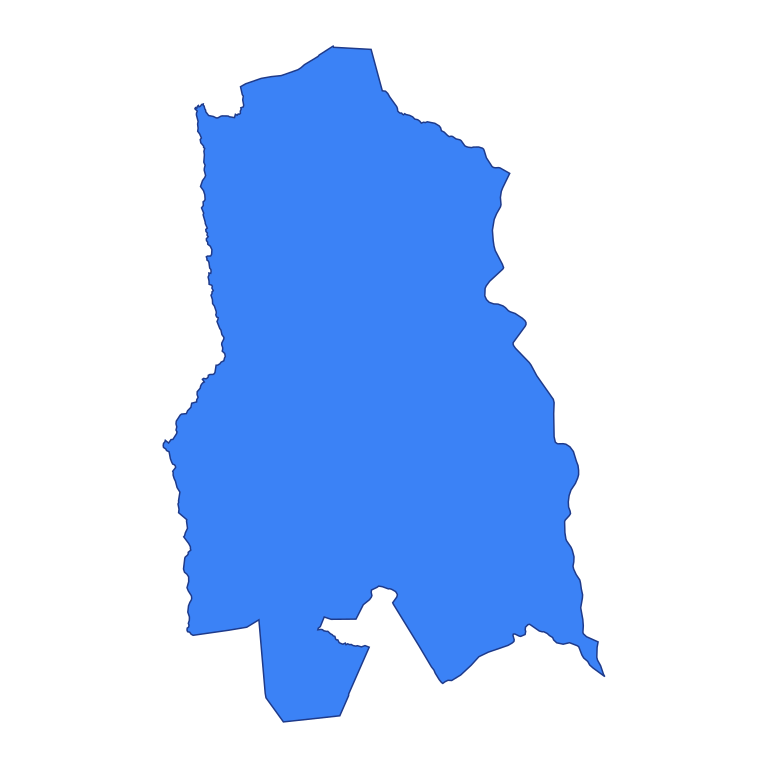 outline of Kipipiri, Central, Kenya
{"feature_id": "3690345B3299927088893", "entity_name": "Kipipiri", "entity_type": "district", "adm_level": 2, "iso_a3": "KEN", "parent_name": "Kenya", "parent_adm1": "Central", "projection": "robinson", "projection_center": [36.521, -0.423], "detail": "fine", "context": "isolated", "style": "filled", "palette": "blue", "viewbox_px": 768, "rotation_deg": 0, "n_neighbors": 0, "source": "geoboundaries", "source_scale": "gbopen_adm2", "svg_char_len": 6112}
<svg xmlns="http://www.w3.org/2000/svg" viewBox="0 0 768 768"><path d="M283.4,721.9L339.8,715.8L348.6,695.7L348.7,693.9L369.2,647.2L365.0,645.6L361.4,646.9L357.4,645.7L355.8,646.1L353.2,645.6L351.3,644.5L349.3,644.6L347.7,643.8L346.0,644.7L345.3,643.1L342.9,644.2L340.5,643.3L339.1,642.6L337.8,639.9L336.5,639.9L335.6,639.0L334.9,636.4L333.3,635.9L332.1,634.6L330.5,633.8L327.8,631.3L326.5,631.4L323.6,630.7L322.6,629.7L320.9,629.4L317.8,629.8L318.3,628.1L320.3,626.6L324.2,617.0L331.1,619.3L356.0,619.1L363.3,604.7L369.5,599.7L371.3,597.2L371.9,595.6L371.2,592.3L371.5,590.0L377.1,587.3L378.7,586.1L382.4,586.7L388.4,588.9L389.8,588.7L391.8,589.4L395.5,591.5L396.5,592.9L397.4,594.7L396.8,597.0L392.7,602.7L393.3,604.1L419.0,645.9L431.4,666.8L433.9,670.0L435.3,673.3L439.3,679.8L441.5,682.5L442.8,683.4L445.1,681.7L448.0,680.3L451.7,680.5L460.7,675.0L471.2,665.2L478.9,656.7L488.2,652.2L508.0,645.4L512.2,643.0L513.9,641.5L514.2,639.8L513.0,635.5L513.3,634.1L514.9,634.0L519.2,636.1L520.7,636.4L525.1,634.5L525.7,631.4L525.2,629.8L525.5,627.1L528.0,624.6L529.7,624.3L539.3,631.0L542.2,631.8L543.7,631.7L547.3,633.5L549.4,635.5L552.6,637.5L553.7,640.0L556.7,642.8L563.2,644.2L569.5,642.7L577.5,645.8L578.8,646.9L581.9,655.0L583.7,658.0L587.7,661.4L589.7,665.0L592.9,667.9L604.8,676.6L603.5,674.3L600.6,665.7L597.5,660.1L596.8,657.3L597.1,647.4L598.1,641.9L586.5,636.7L583.4,633.8L582.9,632.3L583.3,625.8L582.8,619.4L580.7,607.8L582.4,598.1L582.6,594.8L581.3,588.9L580.5,583.0L579.8,580.0L576.2,574.6L573.7,569.2L573.0,566.2L573.8,561.9L574.0,556.8L572.3,550.2L571.0,547.2L566.6,540.8L565.9,539.0L564.9,532.6L564.6,521.6L565.2,520.1L569.3,515.6L570.5,513.6L570.1,511.1L568.6,507.1L568.3,501.9L569.1,495.6L571.0,490.0L575.4,483.4L577.7,478.0L578.6,474.7L578.6,470.3L578.0,465.5L576.4,461.3L573.4,451.5L569.9,446.8L565.9,444.2L563.1,443.7L558.1,443.8L557.0,443.5L555.3,442.1L554.1,436.7L553.7,413.7L554.1,402.6L553.3,399.3L536.8,375.8L531.0,365.0L529.2,362.5L515.5,348.3L513.6,345.6L513.1,344.1L513.2,342.6L525.2,326.2L526.0,324.5L526.0,322.6L525.0,320.7L522.3,318.2L515.2,313.5L510.0,311.7L508.2,310.6L505.5,307.7L503.0,305.9L498.0,304.1L493.7,303.9L489.2,302.3L486.5,299.6L484.8,295.9L485.1,288.4L486.2,285.9L489.6,281.3L502.8,269.1L503.6,267.7L502.4,264.3L495.2,250.5L494.0,246.0L493.2,240.5L492.4,230.2L494.2,219.4L496.6,213.7L500.5,206.8L501.0,204.7L500.4,197.5L501.3,191.4L502.7,187.8L509.7,173.4L500.0,167.9L498.5,167.6L495.5,167.8L493.6,167.5L492.1,166.6L486.4,157.8L484.2,150.6L483.6,149.2L482.5,148.2L478.6,147.0L473.3,147.1L471.6,147.6L468.1,147.2L466.3,146.6L464.8,145.8L461.2,140.7L459.9,139.8L456.0,138.9L452.6,136.5L451.1,136.2L449.2,136.6L447.6,135.5L444.3,132.2L441.4,130.7L440.6,127.7L439.2,125.9L434.9,123.3L427.3,121.8L425.2,122.6L423.7,122.2L421.3,123.1L419.7,121.1L417.7,119.7L414.8,119.1L412.7,116.9L409.7,115.4L405.9,114.5L404.7,113.7L403.6,114.8L402.6,114.3L401.6,113.1L400.0,113.1L398.8,112.2L397.7,111.0L397.4,108.4L396.7,106.6L389.7,96.9L387.8,93.5L385.5,91.2L382.3,90.8L371.1,49.4L333.6,47.3L333.1,46.1L319.2,55.0L318.1,56.4L304.4,64.7L300.9,67.8L298.0,69.7L281.2,75.6L271.5,76.6L261.2,78.4L245.8,83.7L240.5,86.7L242.3,94.7L243.3,96.1L242.7,99.9L243.7,105.2L243.3,106.9L240.8,107.8L241.2,109.1L240.3,111.1L240.4,113.4L239.4,114.2L238.2,114.0L237.1,115.2L235.4,114.3L234.5,117.6L229.5,116.8L228.1,116.0L222.4,115.9L221.1,116.1L217.8,117.9L216.2,117.9L213.4,116.5L208.6,115.5L205.7,111.6L205.6,110.1L204.8,108.8L204.1,106.0L203.2,105.3L203.3,104.0L201.6,104.5L200.4,106.2L199.0,106.8L198.3,105.5L197.3,106.5L196.8,108.2L195.5,107.6L194.9,108.8L197.3,111.1L196.5,113.0L196.4,114.9L198.1,121.4L197.6,124.1L198.1,128.2L197.7,131.3L199.7,134.0L201.4,138.0L200.2,139.6L200.8,142.8L203.6,146.1L203.6,147.5L204.7,148.3L203.9,151.3L204.4,154.9L203.8,162.2L205.1,165.3L204.3,168.4L204.2,170.2L205.6,175.5L204.7,177.6L202.5,180.6L200.5,186.5L203.5,190.7L204.8,194.8L205.1,199.5L204.4,200.8L203.1,201.8L203.3,205.5L201.5,207.9L203.7,213.1L203.1,214.8L205.2,222.1L205.3,223.7L207.3,228.1L205.8,229.4L206.0,231.5L207.4,233.0L207.0,235.1L208.2,236.7L206.3,238.8L206.5,240.7L207.6,242.0L207.8,244.3L210.3,246.2L211.9,249.7L211.6,254.3L210.6,256.0L207.4,256.1L206.3,256.8L207.0,258.7L206.9,260.0L208.1,260.8L208.9,262.3L209.7,268.1L210.8,269.4L211.1,271.3L210.7,273.4L208.9,273.0L209.0,275.0L208.1,277.0L209.0,280.9L209.1,284.3L211.7,285.2L212.3,286.4L211.9,288.1L213.3,290.7L212.0,291.8L212.0,293.6L211.0,295.2L212.4,299.5L212.6,303.6L214.4,306.1L216.2,311.5L216.3,313.1L215.8,314.8L216.2,316.0L216.8,317.1L218.2,317.7L217.9,319.5L217.0,321.5L219.8,328.6L220.9,330.0L221.9,334.6L223.9,337.4L223.8,339.0L221.8,343.0L221.7,344.8L222.6,347.3L222.7,349.2L222.2,351.1L224.7,353.5L225.3,356.4L224.5,358.0L223.8,360.8L221.1,362.1L219.9,363.8L217.5,365.2L216.1,365.2L215.0,372.3L214.3,373.6L213.1,374.4L209.9,374.5L208.3,375.3L208.2,377.0L207.2,378.1L206.0,378.8L203.6,378.4L202.4,379.3L204.3,382.0L202.7,382.9L201.5,384.3L200.6,386.1L200.2,388.2L197.2,391.7L197.1,394.7L198.1,397.3L196.7,399.8L196.6,401.9L191.7,403.2L190.9,407.3L187.6,410.7L186.4,413.6L181.5,414.1L180.2,415.1L176.3,421.1L176.0,423.9L176.8,426.9L176.0,430.0L177.0,431.9L176.6,433.6L172.9,439.4L171.0,439.6L168.6,443.0L165.3,440.3L164.9,441.8L163.5,443.4L163.2,445.6L163.5,447.4L165.9,449.1L166.5,450.5L169.1,451.8L170.4,458.8L171.7,462.2L172.7,464.1L174.5,464.8L175.4,466.1L175.6,467.5L172.7,471.3L173.2,472.5L173.1,475.1L174.2,478.7L175.4,481.1L177.1,487.6L179.9,492.1L178.5,500.9L178.7,502.3L178.0,504.0L179.0,509.2L178.6,512.7L186.8,519.7L186.5,521.0L187.5,528.3L185.3,532.9L184.6,535.7L183.7,536.8L188.7,543.5L190.4,546.8L190.4,548.7L190.8,550.1L188.2,552.3L188.2,554.0L187.4,555.2L185.3,557.0L184.8,558.1L183.5,569.0L184.5,572.2L186.9,574.2L188.6,576.8L188.7,581.6L187.0,587.7L188.3,590.9L191.4,595.8L191.7,598.3L191.3,600.0L189.9,602.3L188.5,605.8L187.8,612.1L189.4,616.8L189.4,618.4L189.3,620.5L188.3,623.4L189.0,625.1L188.6,627.1L187.2,628.1L187.0,630.1L187.6,631.7L189.7,632.2L191.1,634.2L193.1,635.3L228.9,630.2L246.8,627.2L258.9,619.8L265.2,693.2L266.0,697.8L283.4,721.9Z" fill="#3b82f6" stroke="#1e3a8a" stroke-width="1.5"/></svg>